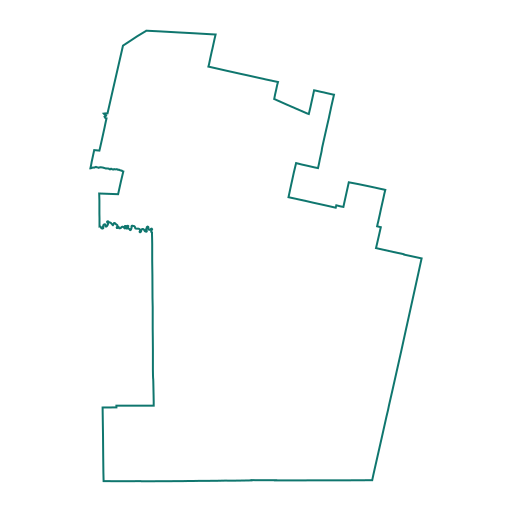 the district of Juárez Celman, Córdoba, Argentina
{"feature_id": "61730980B81524529409154", "entity_name": "Juárez Celman", "entity_type": "district", "adm_level": 2, "iso_a3": "ARG", "parent_name": "Argentina", "parent_adm1": "Córdoba", "projection": "robinson", "projection_center": [-63.851, -33.267], "detail": "fine", "context": "isolated", "style": "outline", "palette": "teal", "viewbox_px": 512, "rotation_deg": 0, "n_neighbors": 0, "source": "geoboundaries", "source_scale": "gbopen_adm2", "svg_char_len": 5829}
<svg xmlns="http://www.w3.org/2000/svg" viewBox="0 0 512 512"><path d="M385.3,189.9L370.8,186.7L358.3,184.1L348.8,182.3L344.2,203.1L343.4,206.9L340.6,206.4L336.3,205.3L335.7,207.7L329.6,206.3L322.4,204.7L312.8,202.6L306.4,201.1L288.5,197.2L291.3,184.1L292.1,180.5L293.9,172.2L294.9,168.1L295.2,166.8L296.1,163.1L302.1,164.6L307.6,165.8L314.5,167.4L318.0,168.1L318.9,164.1L319.9,159.0L321.3,152.7L321.7,150.7L321.9,149.1L322.2,147.4L324.5,137.1L327.2,125.2L329.0,117.4L329.3,115.8L330.7,109.3L331.1,107.3L332.5,101.2L334.0,94.7L332.8,94.5L326.6,93.1L323.8,92.4L321.2,91.9L316.9,90.9L315.6,90.6L314.1,90.3L312.9,95.9L311.5,102.2L310.4,107.3L308.8,114.0L307.0,113.4L287.0,104.7L274.2,99.0L275.1,94.4L276.2,89.6L277.2,84.9L278.0,82.0L272.2,80.8L271.6,80.6L271.4,80.6L265.6,79.4L263.2,78.8L259.4,78.0L253.6,76.7L246.9,75.2L240.8,73.9L233.2,72.2L226.0,70.6L218.6,68.9L208.4,66.6L209.0,64.4L210.5,57.2L211.9,50.8L212.4,48.8L214.6,38.7L215.6,34.5L211.6,34.3L208.4,34.1L206.6,34.0L192.9,33.2L183.5,32.7L179.6,32.5L176.1,32.3L169.1,31.9L162.0,31.5L158.4,31.3L152.3,31.0L146.3,30.7L146.1,30.9L137.3,36.2L129.3,41.5L123.0,45.6L112.7,90.6L107.7,112.6L107.5,113.4L105.2,113.4L103.8,113.6L104.4,114.3L104.9,114.2L106.0,115.4L105.2,116.1L105.4,116.2L104.6,116.8L105.5,118.2L106.5,118.4L105.7,122.0L104.5,127.8L101.8,140.1L100.0,148.1L99.4,150.6L94.2,150.1L92.4,158.5L91.7,161.7L91.1,165.1L90.4,168.3L90.5,168.3L90.8,168.3L91.0,168.2L91.5,168.0L91.8,168.0L92.3,167.7L92.6,167.6L92.9,167.5L93.1,167.5L93.4,167.6L93.7,167.6L94.3,167.6L94.5,167.4L94.8,167.3L95.1,167.3L95.4,167.1L95.9,166.9L96.0,166.9L96.4,167.1L96.6,167.2L96.9,167.3L97.2,167.4L97.7,167.4L98.2,167.5L98.4,167.6L98.5,167.7L98.7,167.8L98.9,167.7L99.2,167.6L99.6,167.4L99.8,167.4L100.2,167.2L100.6,167.3L100.9,167.4L101.1,167.4L101.4,167.3L101.7,167.3L101.9,167.4L102.2,167.5L102.5,167.5L103.1,167.6L103.4,167.7L103.7,167.8L104.1,168.0L104.4,168.0L104.8,168.1L105.2,168.3L105.9,168.5L106.1,168.5L106.4,168.5L106.7,168.4L107.5,168.5L107.8,168.5L108.1,168.5L108.4,168.6L108.9,168.7L109.0,168.8L109.3,169.1L109.7,169.2L109.8,169.3L110.0,169.4L110.5,169.2L110.8,168.8L111.0,168.8L111.3,168.8L111.5,168.8L111.9,169.1L112.2,169.3L112.4,169.4L112.6,169.4L112.9,169.4L113.3,169.5L113.5,169.5L113.8,169.4L113.9,169.2L114.2,169.1L114.5,169.2L114.8,169.3L115.3,169.3L115.7,169.4L115.9,169.4L116.2,169.3L116.4,169.2L116.9,169.3L117.3,169.3L117.5,169.4L117.6,169.6L118.0,169.8L118.4,169.8L118.5,169.7L119.1,169.9L119.3,169.8L119.7,170.0L119.9,170.2L120.9,170.5L121.0,170.5L121.3,170.5L121.5,170.5L121.7,170.8L121.9,170.9L122.2,170.9L122.3,171.0L122.9,171.4L123.3,171.5L121.0,181.1L118.1,194.2L99.2,193.5L99.4,200.6L99.4,213.7L99.5,218.4L99.5,222.5L99.5,226.5L99.9,226.4L100.3,226.5L100.7,226.9L100.9,227.4L101.1,227.7L101.4,228.2L102.1,228.5L102.7,228.5L103.2,228.2L103.3,227.7L102.8,227.2L102.9,226.6L103.2,225.9L103.4,225.1L103.9,224.6L104.4,224.3L105.0,224.3L105.3,224.6L105.6,225.2L105.5,225.9L105.4,226.2L105.7,226.5L106.1,226.6L106.6,226.4L107.0,226.0L107.6,225.1L108.0,224.1L108.1,223.4L107.8,223.0L107.4,222.7L107.2,222.3L107.1,221.8L107.4,221.4L107.9,221.3L108.3,221.5L108.6,221.9L109.4,222.4L110.0,222.5L110.7,222.8L111.2,223.3L111.7,223.9L112.2,224.2L112.4,224.7L112.6,225.0L112.9,225.2L113.1,225.0L113.2,224.7L113.6,224.2L113.9,223.2L114.3,223.0L114.8,223.1L115.2,223.4L115.6,223.8L116.0,224.3L116.9,224.8L117.3,225.2L117.4,225.9L117.3,226.5L116.8,227.2L116.7,227.6L116.9,228.0L117.4,228.0L117.9,227.7L118.0,227.2L118.5,226.9L118.7,227.1L118.8,227.6L119.2,228.2L119.7,228.3L120.3,228.2L120.9,227.9L121.3,227.5L121.5,227.1L121.9,226.9L122.3,226.7L122.7,226.9L123.3,227.0L123.7,227.2L123.9,227.4L124.1,227.8L124.6,228.3L124.8,228.4L125.2,228.3L125.3,228.0L125.1,227.6L124.7,227.1L124.7,226.3L125.0,226.0L125.3,226.0L125.7,226.0L125.9,226.4L125.9,226.9L125.9,227.2L125.9,227.7L126.2,228.2L126.9,228.6L127.5,228.4L127.6,227.9L127.0,226.7L126.9,226.1L127.5,225.8L128.1,225.9L128.3,226.1L128.1,227.2L128.0,227.6L128.1,228.1L128.3,228.4L128.8,228.7L129.4,229.1L129.7,229.5L129.9,229.9L130.3,230.1L130.7,229.9L131.1,229.3L131.1,228.6L131.6,227.9L131.5,226.4L131.7,225.9L132.2,225.7L132.7,225.8L133.3,226.0L134.1,226.1L134.8,226.7L135.0,227.3L135.2,228.0L135.4,228.4L136.0,228.6L137.0,228.7L138.5,228.7L139.5,229.1L140.1,229.7L140.1,230.4L139.6,231.8L139.9,232.2L140.4,232.2L141.0,231.5L141.1,231.2L141.3,230.3L141.8,229.3L142.5,229.0L143.0,229.0L143.6,229.3L144.1,229.8L144.4,230.5L144.8,231.1L145.4,231.5L146.4,231.7L146.7,231.5L146.8,231.3L146.8,230.9L146.6,230.4L146.1,230.1L146.0,229.6L146.1,229.1L146.4,228.8L146.6,228.3L146.8,227.2L147.2,226.8L147.6,226.6L148.2,226.9L148.4,227.6L148.3,228.4L148.3,229.0L148.8,229.6L149.4,229.8L149.6,229.8L151.3,228.7L151.7,228.7L152.1,229.2L152.1,229.5L151.8,229.9L151.5,230.2L151.2,231.0L151.2,231.8L151.5,232.2L152.0,232.4L152.0,234.7L152.1,238.2L152.2,244.1L152.2,260.7L152.4,275.4L152.5,297.9L152.7,307.1L152.7,328.6L152.8,337.0L152.9,349.1L152.9,358.8L152.9,369.7L153.0,375.7L153.1,378.4L153.2,378.9L153.3,381.7L153.5,391.2L153.6,395.9L153.7,401.9L153.7,405.7L139.0,405.7L132.5,405.7L124.0,405.7L116.4,405.7L116.4,407.4L102.6,407.5L103.0,434.2L103.2,456.1L103.4,472.7L103.6,481.1L114.1,481.2L122.8,481.2L132.2,481.2L140.8,481.1L141.5,481.3L162.1,481.2L169.5,481.2L178.2,481.1L183.7,481.1L188.3,481.0L193.0,481.0L197.9,480.9L216.4,480.8L225.7,480.6L230.3,480.7L238.8,480.6L251.5,480.4L251.5,480.1L255.9,480.2L275.6,480.2L275.5,480.4L285.3,480.4L350.8,480.3L372.2,480.2L373.5,474.1L381.7,437.9L386.6,416.0L388.0,410.2L389.0,405.3L392.7,389.1L401.1,351.7L406.3,327.9L406.8,325.7L418.3,273.5L421.6,258.4L411.0,256.1L404.0,254.6L403.8,254.2L393.4,252.0L376.0,248.1L376.3,246.9L378.7,236.5L380.8,227.2L377.1,226.3L377.7,223.6L378.3,221.2L379.8,214.5L381.0,208.8L383.3,198.6L384.3,193.9L385.3,189.9Z" fill="none" stroke="#0f766e" stroke-width="2"/></svg>